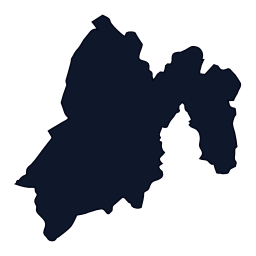 outline of México
{"feature_id": "MEX-2731", "entity_name": "México", "entity_type": "State", "adm_level": 1, "iso_a3": "MEX", "parent_name": "Mexico", "parent_adm1": "", "projection": "albers", "projection_center": [-99.447, 19.349], "detail": "fine", "context": "isolated", "style": "filled", "palette": "ink", "viewbox_px": 256, "rotation_deg": 0, "n_neighbors": 0, "source": "natural_earth", "source_scale": "10m", "svg_char_len": 5813}
<svg xmlns="http://www.w3.org/2000/svg" viewBox="0 0 256 256"><path d="M235.6,114.7L234.6,115.9L233.9,117.2L233.4,118.7L232.9,120.2L232.2,123.2L232.7,126.6L234.6,133.2L234.8,134.3L236.0,140.8L236.7,146.7L235.9,147.3L235.2,148.0L234.6,149.0L234.5,154.4L234.2,157.7L234.3,159.4L234.8,160.6L235.5,161.5L235.9,162.4L236.0,163.4L235.6,164.5L235.3,166.2L233.4,167.1L231.9,167.9L230.5,168.6L229.5,169.6L228.9,171.1L228.2,172.5L227.1,173.1L225.6,173.3L223.8,173.5L222.5,173.5L220.1,173.0L218.7,173.0L217.8,173.0L217.0,172.7L216.6,172.0L216.3,171.0L216.0,170.2L215.6,169.2L215.3,168.2L215.0,167.2L214.5,165.5L214.3,164.7L213.7,163.8L213.1,163.8L212.4,164.1L211.6,164.0L210.6,163.3L209.6,162.4L207.8,160.5L207.6,160.4L207.3,160.2L207.0,160.1L205.2,159.6L201.5,159.1L200.0,158.6L201.7,156.1L202.4,154.8L202.7,153.3L202.7,153.0L202.7,152.8L202.1,150.8L200.2,147.3L199.7,145.4L199.8,144.1L200.0,142.7L200.4,140.0L200.5,138.4L200.4,136.8L200.1,135.3L199.7,133.8L199.6,133.5L199.4,132.9L199.3,132.6L198.8,131.8L198.2,131.0L197.6,130.2L197.0,129.5L195.1,128.3L192.9,127.4L190.9,126.4L189.4,124.8L190.8,123.2L190.4,122.5L190.0,122.0L189.5,121.6L190.7,120.8L191.4,119.9L191.6,118.9L190.9,117.8L190.2,116.2L189.9,115.8L189.2,114.4L188.7,113.6L188.3,112.6L188.0,111.7L186.8,111.0L185.9,110.1L185.3,108.8L185.1,107.1L185.0,106.9L185.0,106.6L185.1,106.3L185.0,105.3L184.6,104.4L183.9,103.6L183.1,103.0L182.1,102.0L181.5,102.8L180.9,103.4L180.3,104.1L179.6,104.7L178.7,105.7L178.7,106.9L178.7,108.0L177.5,109.0L178.8,109.6L179.3,110.4L178.9,111.4L177.8,112.1L177.1,112.3L176.4,112.6L175.9,113.0L175.4,113.6L173.8,116.1L172.4,117.9L170.9,119.7L169.6,121.6L168.5,123.6L168.0,124.7L167.1,126.7L165.6,127.3L163.7,127.0L161.6,126.5L161.0,129.0L159.9,131.6L159.0,134.2L159.4,136.4L159.8,136.8L160.1,137.2L160.2,137.6L160.0,138.1L159.2,139.1L158.8,140.2L159.1,141.1L160.1,141.8L160.7,141.9L161.1,142.1L161.3,142.4L161.4,142.9L161.1,145.2L161.3,147.3L161.9,149.3L162.9,151.1L163.2,151.5L163.5,151.8L163.9,152.1L164.3,152.4L163.5,153.6L162.4,154.7L161.3,155.8L160.2,156.8L159.1,158.7L159.5,160.4L160.6,162.1L162.0,163.6L160.3,164.6L159.0,165.6L158.5,167.0L159.4,169.2L162.0,171.7L162.5,174.8L161.8,176.8L160.1,178.2L157.6,179.5L156.3,179.9L155.0,180.3L153.8,180.8L152.6,181.4L151.2,182.7L150.1,184.5L149.3,186.5L148.6,188.4L147.5,189.8L146.0,190.7L144.5,191.5L143.5,192.6L143.5,193.3L143.3,196.6L142.7,200.1L141.9,203.5L141.1,207.0L141.0,207.3L139.1,207.9L136.4,207.9L133.8,207.2L132.2,206.0L131.2,203.6L130.4,202.7L129.0,202.3L127.0,200.2L124.9,197.8L122.6,196.9L120.0,199.1L117.9,201.0L114.8,203.7L113.8,204.5L113.0,205.3L112.2,206.5L112.0,208.0L112.0,209.3L111.8,210.5L110.6,211.8L108.8,213.5L107.5,213.4L106.3,212.1L105.0,210.4L103.3,209.0L101.6,208.6L99.7,208.9L97.3,209.4L96.7,209.4L96.1,209.6L95.5,209.8L94.9,210.0L92.6,210.7L90.3,211.4L88.0,212.1L85.8,213.0L83.6,213.6L81.4,214.1L79.1,214.5L76.9,214.9L76.6,215.2L76.4,215.6L76.1,216.1L75.9,216.6L74.3,220.0L72.7,223.1L70.8,226.1L68.3,228.7L65.8,230.8L63.4,232.8L60.9,234.7L58.4,236.7L57.0,237.2L56.1,238.2L55.3,239.4L54.1,240.3L52.7,240.6L51.0,240.5L49.5,240.0L48.3,239.0L46.8,236.9L45.9,235.9L45.0,235.1L43.9,232.8L44.5,229.9L45.6,226.7L45.9,223.8L45.1,221.1L43.5,218.8L39.5,214.7L38.6,213.8L37.7,212.7L37.0,211.5L36.6,210.2L36.7,208.7L36.9,207.3L36.8,206.0L36.1,204.5L35.0,201.9L35.2,199.7L36.2,197.6L37.4,195.3L37.3,193.9L36.6,192.9L35.9,192.1L35.5,190.9L35.4,189.0L35.1,187.8L34.3,187.2L32.7,187.1L28.3,187.1L24.1,186.4L19.9,185.3L15.6,183.9L16.5,183.2L16.7,182.4L16.9,181.5L17.5,180.8L18.2,180.6L18.8,180.7L19.3,180.6L19.9,179.6L20.8,178.4L22.2,177.1L23.7,176.1L25.0,175.6L26.4,174.7L26.8,173.2L26.8,171.5L26.9,169.9L27.6,168.4L28.8,166.9L30.3,165.7L31.6,164.6L32.7,163.2L35.1,160.5L36.2,159.1L44.4,148.1L50.1,140.8L51.1,139.6L51.9,138.5L52.2,137.4L51.6,136.1L48.5,131.0L51.5,129.1L63.0,122.3L64.9,121.3L67.5,119.7L68.9,117.8L67.1,116.1L65.8,114.5L64.8,112.5L63.4,108.2L62.1,104.7L61.7,103.6L61.4,102.6L63.7,94.5L65.0,90.8L66.9,85.5L67.0,84.3L66.6,83.0L66.2,81.6L66.3,80.1L68.5,72.6L70.6,64.8L71.0,63.3L71.3,61.8L71.7,58.8L72.8,57.0L73.8,55.2L74.8,53.3L76.0,51.6L76.6,50.7L78.8,48.2L80.6,45.6L83.8,40.2L88.8,34.0L90.8,31.5L92.6,30.1L94.6,29.4L97.7,29.3L96.4,27.3L95.1,25.5L93.7,23.7L92.3,22.0L102.6,15.4L106.4,17.3L108.4,18.5L109.4,19.8L110.0,21.8L110.4,22.7L111.0,23.7L113.6,26.9L116.7,30.1L119.9,33.0L123.1,35.7L124.9,36.5L125.6,35.7L126.0,34.2L126.7,33.0L128.5,32.3L131.1,32.1L133.7,32.4L135.2,33.2L135.7,34.4L136.4,35.6L137.1,36.8L137.8,38.0L142.1,44.5L141.5,47.1L140.7,49.3L139.9,51.5L139.1,53.9L138.5,57.2L139.2,59.3L141.0,60.5L143.8,61.3L146.3,62.2L148.1,63.7L148.8,66.0L148.6,69.0L148.8,70.1L149.3,70.8L150.0,71.3L151.0,71.9L151.6,72.7L151.9,73.9L151.9,76.5L153.0,80.3L155.0,78.4L157.5,74.4L160.3,72.2L164.0,72.6L165.2,69.5L165.8,65.7L167.9,64.0L169.0,64.3L170.1,64.2L171.1,63.8L171.8,62.9L172.3,60.7L172.3,58.3L172.5,56.1L173.4,54.1L175.1,53.1L176.8,52.7L178.7,52.5L180.6,52.5L183.0,51.5L185.5,50.3L187.9,48.9L190.2,47.5L191.9,46.8L193.7,46.7L195.6,47.0L197.4,47.5L198.0,47.8L198.5,48.1L199.1,48.5L199.6,48.9L200.6,50.1L201.4,51.3L202.0,52.7L202.3,54.3L202.4,55.6L202.3,56.9L202.0,58.2L201.5,59.4L202.0,59.5L203.0,59.7L203.5,59.7L201.6,63.9L200.8,66.1L200.3,68.4L200.0,69.4L199.7,70.4L199.5,71.5L199.5,72.6L199.6,73.0L199.8,73.4L200.0,73.7L200.3,74.1L205.1,74.6L209.7,69.6L214.0,64.9L217.8,66.2L219.7,68.9L221.6,70.2L223.9,70.3L226.9,69.4L228.1,68.9L229.1,69.1L230.1,69.8L230.9,70.8L234.2,74.3L234.8,74.9L235.3,75.6L235.7,76.2L236.2,76.9L238.4,80.3L239.4,81.9L240.1,83.1L240.4,84.2L240.3,85.6L239.9,87.0L239.2,88.5L238.4,89.9L237.8,91.3L237.0,93.4L235.8,95.4L234.7,97.4L233.7,99.5L233.5,100.2L232.1,100.3L229.4,100.4L228.0,100.5L228.9,104.2L229.7,106.4L231.5,107.7L234.9,108.6L235.2,110.1L235.4,111.6L235.6,114.7Z" fill="#0f172a" stroke="#020617" stroke-width="1.5"/></svg>